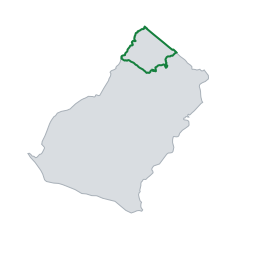 where Upper West sits in Ghana, rotated 40°
{"feature_id": "GHA-2157", "entity_name": "Upper West", "entity_type": "Region", "adm_level": 1, "iso_a3": "GHA", "parent_name": "Ghana", "parent_adm1": "", "projection": "mercator", "projection_center": [-2.051, 10.34], "detail": "fine", "context": "in_parent", "style": "outline", "palette": "green", "viewbox_px": 256, "rotation_deg": 40, "n_neighbors": 0, "source": "natural_earth", "source_scale": "10m", "svg_char_len": 5551}
<svg xmlns="http://www.w3.org/2000/svg" viewBox="0 0 256 256"><g transform="rotate(40 128 128)"><path d="M155.7,36.1L157.5,37.9L158.0,38.9L157.3,42.7L155.9,45.4L155.1,47.9L155.2,49.1L156.0,50.4L158.8,52.3L160.3,53.6L162.0,55.5L163.9,57.4L167.3,59.9L168.7,60.3L168.6,61.0L168.2,62.0L167.8,71.1L167.6,73.4L167.3,74.6L167.0,78.0L166.7,78.5L166.0,78.5L165.5,78.6L165.3,79.3L165.6,80.0L167.6,80.5L167.1,81.0L165.6,81.5L164.9,82.5L165.2,83.7L164.4,84.6L164.7,85.2L165.2,85.7L166.0,85.5L168.4,84.0L169.4,83.8L170.6,84.1L172.9,86.5L173.0,87.7L172.0,91.7L171.1,94.8L171.0,98.9L171.9,101.2L171.8,102.5L170.8,103.6L168.4,105.2L168.6,106.3L169.7,108.3L171.6,110.6L175.5,113.3L177.5,117.0L177.5,118.5L176.4,119.9L175.0,121.2L174.5,123.1L175.2,135.3L172.1,140.5L172.1,142.0L172.4,143.8L173.2,144.8L174.7,145.1L176.0,146.2L175.6,149.9L174.9,153.6L174.8,155.5L174.4,156.3L173.2,157.0L172.8,158.2L173.1,159.7L172.9,160.8L173.5,162.2L174.9,163.9L177.1,168.3L178.0,168.6L178.3,169.5L178.1,170.4L179.0,172.4L181.4,174.3L184.0,176.0L186.1,176.2L186.6,177.7L188.0,179.6L189.0,180.5L190.6,181.0L191.9,181.3L192.0,182.9L189.6,184.0L188.0,185.7L186.8,188.2L185.1,191.0L179.3,192.5L177.1,192.5L165.2,192.5L154.0,198.0L147.6,200.0L143.7,203.1L138.4,205.3L134.7,207.9L127.0,209.2L114.3,213.4L110.4,215.1L106.4,218.0L99.9,221.4L97.4,221.3L92.3,218.1L88.4,216.5L79.1,214.1L72.1,213.2L68.7,212.1L67.8,211.9L68.6,210.8L70.5,210.7L72.6,211.1L74.1,210.2L76.4,210.1L77.0,209.2L77.2,206.8L77.2,205.0L78.0,204.2L78.2,202.0L77.0,197.1L76.3,196.5L72.2,195.9L71.9,194.9L71.1,193.9L70.4,191.4L69.5,187.6L68.0,183.0L65.3,175.4L64.6,172.7L64.2,169.9L64.0,166.7L64.6,165.4L64.5,163.7L64.3,162.1L66.2,158.2L70.0,153.4L70.8,151.7L71.5,150.5L71.6,148.8L72.3,143.2L74.1,136.5L75.2,134.0L76.0,132.6L76.9,130.4L77.2,129.3L80.6,126.7L82.2,126.0L82.6,124.9L82.1,123.8L82.3,123.0L83.1,122.6L84.4,122.3L85.4,121.2L83.9,113.0L82.7,104.7L82.6,104.0L81.9,102.8L81.2,99.4L80.0,97.4L78.4,96.8L78.4,94.9L80.1,91.8L80.5,89.9L79.7,89.3L79.6,87.9L80.1,85.5L79.9,84.1L79.6,82.5L77.8,78.9L77.4,76.3L78.3,74.8L78.3,71.5L77.3,66.4L77.2,63.2L77.8,61.9L77.5,60.6L76.3,59.4L76.2,58.2L77.2,57.1L77.1,56.2L75.8,55.5L74.6,54.0L73.5,51.5L73.8,47.5L75.7,40.2L76.0,39.6L78.2,39.6L78.3,39.9L85.3,39.9L93.3,39.8L102.8,39.7L111.5,39.6L111.9,39.3L113.3,38.9L122.1,39.6L127.6,39.2L129.9,39.5L131.6,40.0L135.4,39.7L137.4,39.9L139.0,41.7L139.6,41.7L140.4,40.9L141.9,40.0L143.5,39.3L144.6,37.9L145.3,36.8L146.3,37.0L147.7,36.9L148.7,36.0L149.0,34.6L155.7,36.1Z" fill="#d9dde1" stroke="#a8b0b8" stroke-width="1"/><path d="M112.6,38.7L116.2,38.9L116.6,39.0L116.0,40.3L115.9,40.8L115.9,41.3L115.9,41.7L115.8,41.9L115.7,42.2L115.7,42.3L115.7,42.5L115.8,42.7L115.7,43.9L115.6,44.1L115.3,44.2L115.2,44.3L114.7,44.7L114.5,45.0L114.4,45.3L114.4,45.7L114.4,45.8L114.3,46.0L113.9,46.3L113.5,46.8L113.4,46.9L113.1,47.1L112.9,47.2L112.7,47.3L112.5,47.6L112.4,47.9L112.3,48.1L112.1,49.0L112.2,49.4L112.3,49.7L112.3,49.9L112.5,50.9L112.5,51.1L112.7,51.3L112.8,51.6L113.0,51.8L113.3,51.9L113.5,51.9L113.7,52.0L113.8,52.2L113.9,52.3L113.9,52.5L114.0,52.6L114.3,52.7L114.4,52.8L114.5,52.9L114.6,53.0L115.1,53.1L115.6,53.4L115.7,53.5L115.8,53.7L115.8,53.9L115.7,54.1L115.8,54.3L115.8,54.6L116.0,54.9L116.2,55.0L116.5,55.2L116.8,55.4L116.8,55.5L117.0,55.4L117.4,55.0L117.5,55.0L117.6,54.9L117.8,54.9L118.1,55.1L118.3,55.5L118.5,56.0L118.5,56.6L118.5,57.1L118.3,57.4L117.3,57.1L116.3,56.6L115.7,56.3L115.3,56.3L115.1,56.3L114.9,56.3L114.7,56.4L114.5,56.5L114.4,56.5L114.0,57.1L113.5,58.1L113.3,58.4L112.9,58.8L111.7,59.6L111.4,60.0L111.1,60.4L110.9,60.7L110.9,60.9L110.8,61.2L110.7,62.3L110.7,62.5L110.2,63.6L110.1,63.8L110.1,64.0L110.3,64.2L112.5,66.1L112.7,66.4L112.8,66.6L112.7,66.8L112.3,67.0L111.9,67.2L111.7,67.2L111.3,67.2L111.0,67.1L110.9,67.1L110.6,67.1L110.3,67.2L110.1,67.3L110.6,67.5L110.8,67.7L110.8,68.0L110.7,68.1L110.4,68.2L110.2,68.1L109.9,68.1L109.5,68.3L109.3,68.4L109.1,68.5L108.9,68.6L108.8,68.9L108.7,69.2L108.6,69.4L108.7,69.9L108.7,70.0L108.7,70.3L109.0,70.7L109.0,70.8L109.0,71.0L109.0,71.4L108.9,71.7L108.8,72.1L108.7,72.3L107.8,72.6L107.5,72.8L107.4,73.1L107.1,73.5L106.8,73.8L106.1,73.8L104.5,73.6L104.4,73.6L103.9,73.7L103.5,73.7L101.7,73.6L97.9,74.4L96.8,74.4L96.1,74.4L95.8,74.3L95.0,74.2L94.6,74.2L94.3,74.3L93.3,74.5L93.2,74.6L90.6,74.4L90.4,74.4L87.8,75.2L87.4,75.3L86.0,75.3L85.5,75.4L85.1,75.5L84.9,75.6L84.7,75.7L84.6,75.8L84.4,76.0L84.2,76.7L84.0,77.0L83.9,77.1L83.7,77.2L83.2,77.3L82.8,77.5L82.7,77.6L82.6,77.9L82.4,78.1L82.2,78.3L82.0,78.5L81.8,78.6L78.5,79.0L78.3,78.9L78.2,78.6L78.1,78.3L78.0,78.1L77.7,78.0L77.4,78.0L77.2,77.7L77.0,77.1L77.1,76.5L77.6,75.5L78.6,74.4L78.8,74.1L78.7,73.8L78.0,72.7L77.9,71.9L78.1,70.6L78.2,69.9L78.0,69.3L77.3,68.3L77.2,67.7L77.2,66.2L77.2,65.2L76.9,63.9L76.9,63.3L77.3,62.7L77.9,62.3L78.1,62.0L78.2,61.6L78.2,61.2L77.9,61.0L77.6,60.8L77.3,60.7L77.1,60.7L76.9,60.6L76.8,60.3L76.7,60.1L76.2,60.0L75.9,59.9L75.7,59.4L75.7,58.8L75.8,58.2L76.0,57.8L76.2,57.5L76.4,57.3L76.7,57.2L77.1,57.2L77.4,57.1L77.7,56.8L77.8,56.5L77.7,56.4L77.0,56.4L76.5,56.3L76.2,56.1L75.1,55.2L74.9,54.9L74.8,54.3L74.7,54.1L74.4,53.8L74.2,53.6L74.1,53.3L74.1,52.7L74.0,52.4L73.2,50.8L73.0,50.3L73.1,50.0L73.5,49.3L73.7,48.8L73.8,48.7L73.8,48.4L73.7,48.2L73.4,48.2L73.3,47.7L73.7,47.2L73.9,47.0L74.0,46.3L74.5,45.5L74.8,44.1L75.0,43.5L75.4,43.1L75.9,42.7L76.2,42.3L76.4,41.6L76.2,41.0L75.9,40.5L75.7,40.0L75.8,39.8L75.8,39.6L78.3,39.6L78.3,39.9L78.9,39.9L81.6,39.9L87.3,39.9L94.2,39.8L100.7,39.7L107.1,39.7L111.5,39.6L111.9,39.4L112.1,38.9L112.6,38.7Z" fill="none" stroke="#15803d" stroke-width="2"/></g></svg>